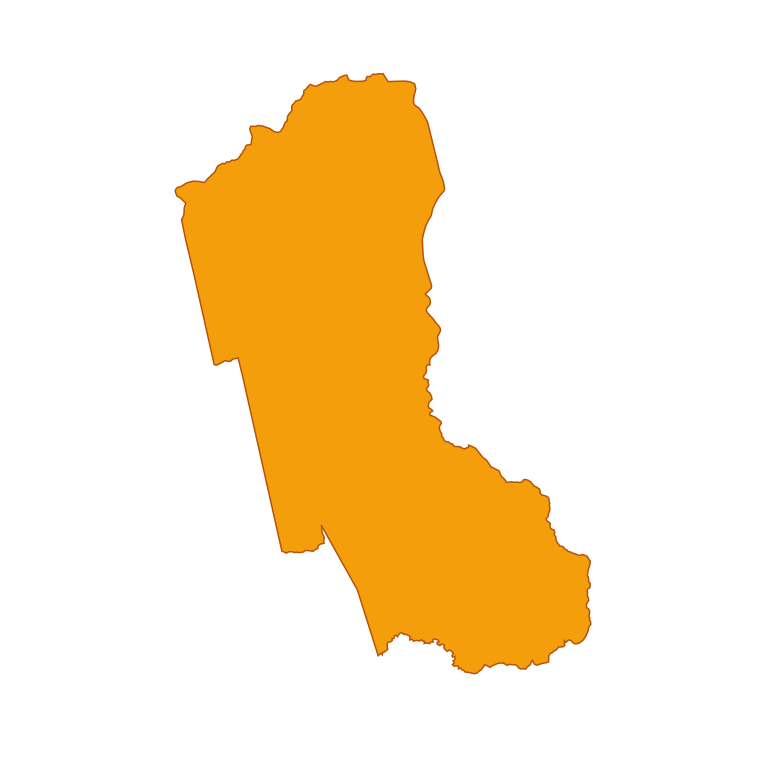 Likuyani, Western, Kenya, rotated 167°
{"feature_id": "3690345B37507144009314", "entity_name": "Likuyani", "entity_type": "district", "adm_level": 2, "iso_a3": "KEN", "parent_name": "Kenya", "parent_adm1": "Western", "projection": "orthographic", "projection_center": [35.073, 0.767], "detail": "fine", "context": "isolated", "style": "filled", "palette": "amber", "viewbox_px": 768, "rotation_deg": 167, "n_neighbors": 0, "source": "geoboundaries", "source_scale": "gbopen_adm2", "svg_char_len": 6096}
<svg xmlns="http://www.w3.org/2000/svg" viewBox="0 0 768 768"><g transform="rotate(167 384 384)"><path d="M236.0,109.9L236.8,111.5L235.5,113.8L234.7,116.8L235.4,119.1L236.8,120.4L236.6,123.4L233.2,127.2L233.0,129.1L233.5,131.9L232.7,134.4L232.6,136.6L231.6,138.5L229.3,139.2L228.4,141.3L228.0,143.6L229.1,145.5L228.5,147.6L228.4,149.7L228.8,152.0L226.7,157.3L225.3,159.3L224.4,161.2L223.3,163.2L222.9,165.0L223.9,167.4L224.7,170.0L225.9,171.4L229.2,173.3L231.3,172.9L233.5,173.5L235.0,175.0L238.6,177.0L240.3,178.5L242.2,179.3L243.2,181.1L244.9,182.5L245.9,184.9L247.5,186.0L249.2,186.5L249.9,188.5L251.1,191.0L251.3,193.9L251.0,196.3L252.0,198.6L250.9,201.4L251.4,203.7L253.4,204.9L254.3,206.4L254.2,208.6L253.3,210.7L254.5,212.5L256.0,213.8L256.4,216.2L254.0,217.8L252.8,220.7L250.9,223.5L250.3,226.0L250.1,229.0L249.3,230.8L249.5,232.7L249.1,234.8L249.7,236.8L250.9,238.1L255.4,240.5L256.3,242.2L256.0,244.7L256.1,246.6L259.1,249.7L260.7,250.9L263.1,255.6L264.9,257.6L267.3,259.0L269.5,259.3L271.5,257.6L274.1,257.5L276.6,258.6L279.4,258.9L281.8,260.1L284.8,260.3L286.9,260.7L287.6,263.3L288.9,265.5L290.1,267.2L290.9,269.3L291.0,271.1L291.4,273.2L292.5,274.5L294.4,276.0L298.6,279.5L299.3,281.9L301.1,286.4L302.3,288.2L304.2,290.1L309.2,300.7L311.1,302.4L315.2,305.4L316.1,303.4L320.1,302.8L322.1,303.7L323.7,305.5L326.0,306.4L328.4,307.0L329.9,307.9L330.7,310.0L332.8,311.3L334.2,313.1L336.2,313.5L338.0,315.4L338.4,318.1L339.6,320.2L338.9,322.3L339.8,324.8L340.1,329.1L338.6,331.2L337.1,332.6L337.0,334.7L341.6,340.1L343.1,341.3L344.8,342.4L346.3,343.7L345.5,345.9L342.6,346.7L343.6,348.7L345.4,350.4L345.9,352.1L344.3,356.1L340.6,358.4L340.6,361.5L341.4,365.0L343.5,367.6L343.6,370.2L341.7,371.4L340.6,372.9L340.8,375.4L339.9,377.9L343.7,380.4L343.9,382.2L342.9,383.6L340.8,385.1L339.4,388.1L339.0,391.3L336.9,393.1L335.0,392.2L334.5,395.9L333.1,398.6L330.6,400.3L326.3,402.3L324.2,404.2L322.7,407.4L322.0,409.7L321.6,416.5L321.0,418.2L317.0,423.1L316.6,425.5L317.6,428.2L319.8,432.3L321.5,436.4L325.2,442.9L326.1,445.0L326.1,447.2L324.7,448.7L321.8,450.7L320.5,452.7L320.2,455.4L320.4,457.8L321.5,459.4L322.7,460.8L323.6,462.3L316.6,466.5L315.7,468.2L315.5,470.0L317.4,495.5L316.8,501.3L314.6,513.9L314.0,516.6L312.0,520.9L308.3,527.8L304.1,533.4L300.8,536.6L299.7,538.2L298.3,541.4L296.8,544.2L293.7,548.3L289.0,553.4L286.9,555.2L283.0,557.9L281.7,559.0L281.0,560.8L280.7,567.1L281.2,572.5L282.0,577.2L282.1,580.0L282.0,584.0L282.6,628.4L282.9,630.4L283.4,632.6L285.5,639.5L287.6,644.6L291.0,648.4L291.9,650.3L291.7,652.6L290.5,656.5L289.4,659.0L286.6,664.4L286.6,669.5L290.1,672.3L293.8,673.9L297.7,674.9L312.1,677.8L315.1,686.6L317.0,686.7L319.2,687.5L322.3,687.5L324.8,688.4L328.7,686.7L331.0,687.4L332.4,686.2L333.0,684.1L335.5,683.8L337.3,683.9L343.8,685.3L346.1,686.1L348.1,687.0L349.9,688.3L350.7,693.3L353.1,693.6L358.3,692.7L361.3,690.5L364.2,689.8L366.7,690.3L368.5,690.9L370.5,690.8L373.0,691.9L375.6,691.0L380.0,690.1L382.6,689.4L384.9,690.0L386.5,691.1L388.4,692.5L391.8,690.3L393.6,688.9L396.0,687.9L397.0,684.7L399.3,682.2L400.7,680.5L402.9,679.8L406.6,679.5L408.5,677.6L410.1,676.8L411.4,675.6L412.2,671.3L413.6,670.1L415.3,668.9L417.9,666.3L419.2,662.1L421.4,661.2L422.9,659.1L424.2,656.9L426.3,655.1L428.3,653.1L430.7,653.1L432.8,653.8L434.4,654.8L437.6,658.4L444.0,662.5L448.6,664.3L450.8,663.8L455.9,665.1L457.4,662.6L457.3,659.0L456.8,656.4L456.7,654.2L457.9,652.2L458.7,649.7L459.7,647.4L462.0,647.4L464.1,647.7L465.6,646.4L466.5,644.3L468.5,643.1L470.1,640.8L472.4,639.3L474.0,637.4L476.3,636.0L479.3,635.6L482.0,636.3L484.8,635.1L487.2,635.8L489.6,634.4L491.3,635.3L496.5,634.0L498.1,632.6L500.8,628.9L502.8,627.6L504.7,626.7L506.9,625.2L509.2,624.0L513.2,620.9L515.4,621.4L517.0,622.2L519.2,623.1L523.2,624.3L525.6,624.6L528.0,624.5L530.0,624.4L532.2,623.9L537.7,622.0L540.4,622.1L542.4,621.2L544.0,619.3L544.0,616.8L543.3,613.6L540.6,611.1L536.4,604.6L538.0,602.4L539.1,600.4L540.3,595.7L541.0,593.9L542.1,592.2L544.3,589.6L544.8,568.7L544.5,532.8L545.1,441.0L543.3,440.2L540.8,440.3L538.5,441.2L536.4,441.4L533.9,442.6L530.2,440.9L528.1,440.8L525.6,442.3L523.1,442.1L520.3,442.2L520.0,423.5L521.1,244.0L519.2,242.8L517.2,241.2L514.8,241.9L512.8,241.6L510.8,241.1L509.3,239.9L507.4,239.9L505.0,238.9L502.1,238.5L500.0,238.5L498.4,239.4L496.6,239.1L494.2,238.3L490.8,237.0L488.4,238.0L485.4,238.8L484.6,241.0L483.0,242.1L480.6,242.4L478.3,242.2L478.0,245.0L476.9,246.8L476.8,249.1L477.6,251.7L477.5,256.1L476.9,258.1L476.9,260.7L457.4,193.3L456.3,190.1L450.8,120.6L447.6,122.4L446.6,120.5L445.7,122.7L443.6,122.8L440.1,124.6L439.5,129.7L438.1,131.6L435.6,131.3L433.6,132.2L433.5,134.0L431.6,133.8L430.5,136.2L428.8,136.5L427.6,134.7L426.1,136.4L424.3,137.8L421.9,137.0L420.8,135.3L418.9,135.1L417.2,133.9L415.4,132.0L416.5,128.8L413.9,128.9L413.1,126.8L411.0,126.9L409.2,126.6L407.0,125.6L405.3,126.6L404.2,124.8L402.5,124.2L403.2,122.1L401.4,122.3L397.9,120.8L396.2,122.1L394.1,121.5L394.1,123.6L392.5,124.5L388.6,122.2L388.5,120.4L390.3,120.4L390.6,118.5L388.4,116.5L385.9,117.7L383.9,115.7L385.0,113.5L384.0,111.4L382.7,109.3L379.9,110.1L378.1,108.0L377.1,106.1L378.8,104.1L378.6,102.4L376.3,102.8L376.4,101.1L377.1,99.5L379.0,98.7L378.3,96.3L380.4,95.3L379.3,93.3L377.2,93.1L375.2,92.6L375.5,89.7L373.3,89.9L372.1,87.7L370.6,86.9L369.9,85.2L367.6,84.4L365.1,83.4L362.8,82.1L360.6,81.3L358.2,81.5L355.7,82.9L353.6,83.6L351.8,85.2L350.3,86.3L349.3,87.8L347.2,86.6L344.6,84.1L341.8,85.1L336.9,86.0L334.3,86.1L332.0,85.6L330.3,85.0L327.1,82.1L324.6,82.6L322.9,81.9L318.8,80.6L317.4,79.3L316.9,77.3L315.1,75.7L313.0,75.4L310.0,74.4L308.1,76.1L305.9,76.9L304.4,77.9L303.1,80.1L301.5,81.4L301.1,79.2L300.5,77.2L298.6,75.8L296.7,75.7L295.0,76.0L293.1,76.1L290.4,76.1L288.2,75.9L286.1,76.3L284.5,82.3L282.5,84.0L280.3,84.4L278.7,85.6L277.0,85.9L275.2,86.8L273.2,88.4L268.6,87.7L266.7,88.4L266.7,90.3L266.0,93.3L265.0,91.4L261.7,93.0L259.7,92.3L258.4,90.0L256.9,88.0L254.1,87.4L251.9,87.8L248.1,89.3L246.4,90.6L243.8,93.2L241.2,96.7L239.7,99.6L238.8,101.7L236.6,103.2L236.2,106.0L236.8,108.1L236.0,109.9Z" fill="#f59e0b" stroke="#b45309" stroke-width="1.5"/></g></svg>